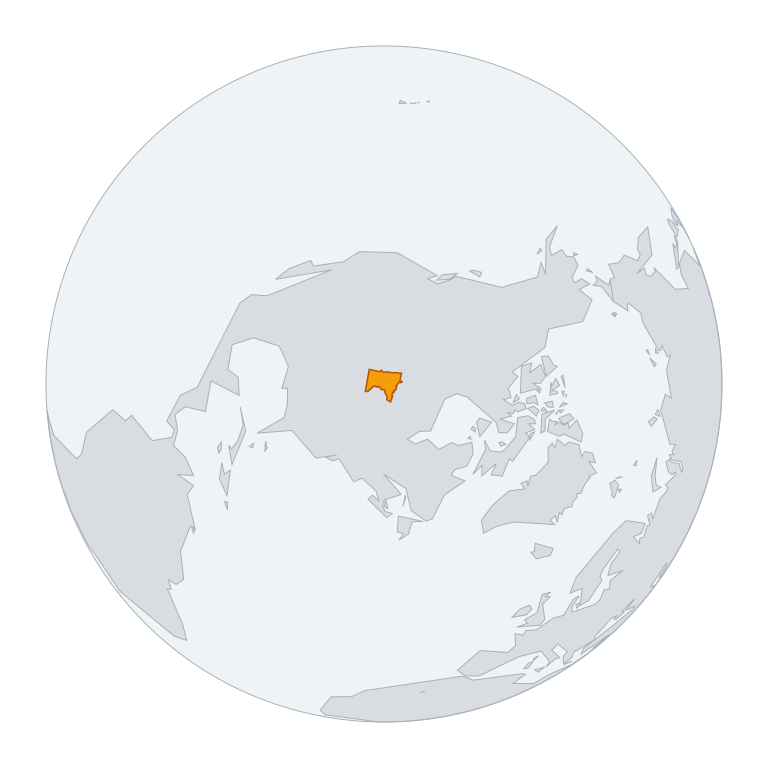 the Earth from above Minnesota, rotated 100°
{"feature_id": "USA-3514", "entity_name": "Minnesota", "entity_type": "State", "adm_level": 1, "iso_a3": "USA", "parent_name": "United States of America", "parent_adm1": "", "projection": "orthographic", "projection_center": [-93.694, 46.435], "detail": "medium", "context": "on_globe", "style": "filled", "palette": "amber", "viewbox_px": 768, "rotation_deg": 100, "n_neighbors": 0, "source": "natural_earth", "source_scale": "10m", "svg_char_len": 11654}
<svg xmlns="http://www.w3.org/2000/svg" viewBox="0 0 768 768"><g transform="rotate(100 384 384)"><circle cx="384" cy="384" r="338" fill="#eef3f6" stroke="#a8b0b8"/><path d="M524.6,691.3L521.0,692.9L520.3,693.2L494.6,703.3L468.2,711.3L476.6,707.9L492.0,700.1L511.0,674.0L506.0,669.8L483.3,668.6L456.4,646.6L465.2,632.2L458.6,627.1L480.1,602.5L473.4,583.8L465.5,582.4L458.3,591.6L430.5,582.6L419.5,567.3L329.3,540.0L319.0,529.9L317.4,514.4L280.7,455.5L299.7,508.9L286.7,497.4L275.0,477.5L280.2,474.1L270.6,445.1L258.0,431.4L252.4,393.9L268.0,350.4L272.8,359.4L276.0,348.5L270.1,336.9L265.4,332.0L268.4,284.7L252.0,251.5L237.0,250.5L247.9,244.0L213.1,249.4L197.9,240.8L221.1,244.9L228.1,241.2L220.8,232.2L226.4,226.6L226.1,219.2L233.5,213.6L246.4,217.3L251.4,213.9L246.0,207.8L249.9,198.9L257.2,208.2L264.8,193.8L287.9,199.0L301.3,231.4L320.1,231.9L350.0,259.9L353.3,253.4L366.6,260.9L375.4,256.4L378.5,263.6L382.9,253.9L378.4,248.3L378.9,242.4L383.6,239.5L388.3,247.8L386.6,250.5L390.5,251.5L390.8,257.1L393.3,252.7L398.5,263.6L400.5,248.7L410.6,254.0L412.0,262.5L402.5,266.8L382.4,299.6L381.0,310.8L388.5,321.5L422.2,330.0L424.5,340.8L434.4,351.5L437.5,342.8L430.8,331.5L439.0,318.7L429.8,307.2L431.8,300.6L426.2,287.3L437.1,284.1L450.8,288.3L456.0,299.4L462.2,301.9L465.4,287.5L483.0,305.4L508.2,312.8L511.7,318.5L503.8,335.3L483.1,344.2L472.8,368.9L489.8,347.9L498.1,363.6L503.8,364.4L509.3,361.1L510.1,353.4L515.1,358.1L500.2,379.8L495.5,375.8L500.2,368.7L490.6,373.4L480.6,389.4L485.6,396.8L465.3,415.4L468.6,421.1L466.1,428.8L462.1,418.2L468.8,438.1L445.7,466.6L454.4,500.4L434.8,476.8L421.0,475.6L404.9,478.2L406.1,483.8L383.2,481.2L364.8,493.9L361.2,520.8L371.7,540.4L396.8,540.2L402.8,528.7L420.4,524.7L411.0,554.9L442.2,555.1L440.9,575.9L450.5,584.6L465.3,579.2L480.9,580.7L490.8,566.7L507.3,555.6L509.0,571.5L517.0,554.0L527.0,558.6L559.0,545.1L556.9,549.8L584.1,555.4L611.1,547.3L617.4,553.8L614.4,562.2L623.2,557.9L623.3,561.8L656.0,540.4L670.7,533.7L668.8,546.5L653.7,573.4L633.5,608.5L604.7,636.2L592.9,648.2L562.8,670.6L545.9,679.8L546.3,680.4L541.6,682.9L524.6,691.3ZM101.8,417.3L103.7,410.6L105.1,417.7L101.8,417.3ZM103.1,404.6L102.8,407.2L102.7,404.6L103.1,404.6ZM101.9,401.4L102.8,403.7L101.5,401.6L101.9,401.4ZM100.0,397.8L101.2,399.5L100.9,399.5L100.0,397.8ZM454.3,512.0L489.9,519.7L471.3,526.3L474.5,522.7L465.2,518.2L448.3,515.5L431.5,521.7L454.3,512.0ZM98.1,390.4L97.7,388.4L98.9,389.3L98.1,390.4ZM466.7,490.4L460.6,490.4L466.3,489.0L466.7,490.4ZM262.4,331.0L269.4,337.4L272.7,350.3L266.2,345.5L262.4,331.0ZM257.1,307.3L261.9,308.3L257.9,319.2L256.4,315.2L257.1,307.3ZM225.1,251.6L229.7,256.1L223.3,253.7L225.1,251.6ZM224.8,219.3L221.7,219.9L222.8,215.9L224.8,219.3ZM420.6,290.1L423.3,288.8L422.9,291.9L420.6,290.1ZM415.5,285.8L413.1,290.5L410.3,289.1L411.9,286.3L415.5,285.8ZM235.1,203.8L238.0,197.5L237.3,204.4L235.1,203.8ZM419.1,280.5L405.8,286.2L401.0,283.9L402.9,271.4L419.1,280.5ZM241.1,194.3L247.7,179.7L241.4,179.6L263.0,172.3L250.2,186.7L250.4,195.1L246.2,191.9L241.1,194.3ZM374.9,247.9L379.9,253.7L371.4,251.7L374.9,247.9ZM369.4,248.1L342.5,251.7L337.6,242.1L347.6,242.6L337.6,232.9L348.4,226.3L356.3,230.2L357.4,237.6L360.7,229.6L369.4,248.1ZM273.8,170.9L277.3,168.2L276.1,171.8L273.8,170.9ZM378.4,239.9L373.4,241.2L368.8,232.9L377.9,228.7L376.5,232.7L378.4,239.9ZM329.7,233.7L327.9,227.1L336.2,219.9L336.6,216.5L348.3,225.4L329.7,233.7ZM380.0,233.1L382.7,226.9L389.2,228.3L383.0,238.0L380.0,233.1ZM363.7,232.6L362.0,228.6L365.9,229.4L363.7,232.6ZM413.9,230.5L408.0,231.8L405.1,227.5L413.9,230.5ZM383.3,224.5L381.0,224.1L379.2,222.7L382.3,219.1L383.3,224.5ZM353.3,219.9L357.1,218.5L348.9,215.9L354.8,210.8L361.5,217.8L361.1,212.6L362.9,211.1L366.4,218.6L353.3,219.9ZM380.0,211.3L390.6,219.1L402.1,217.3L405.1,221.0L386.0,223.2L380.0,211.3ZM371.7,214.8L377.5,213.4L378.2,218.4L374.6,222.6L371.7,214.8ZM356.3,204.9L345.6,210.9L344.5,209.2L356.3,204.9ZM383.2,209.7L380.6,207.9L384.0,209.0L383.2,209.7ZM364.4,205.1L360.8,207.4L359.6,205.4L364.4,205.1ZM378.4,202.6L381.8,205.0L379.5,207.8L378.4,202.6ZM371.9,202.9L371.2,199.7L376.6,207.3L370.5,204.2L371.9,202.9ZM363.9,202.9L362.1,202.4L365.6,202.2L363.9,202.9ZM385.2,191.0L392.6,200.0L387.5,206.0L381.0,196.3L385.2,191.0ZM206.6,96.4L208.3,95.4L218.8,89.3L220.0,89.0L234.1,81.2L236.4,80.5L246.3,75.4L245.2,75.9L267.3,66.9L289.9,59.4L313.0,53.6L336.5,49.4L360.2,46.9L384.1,46.1L407.9,46.9L431.6,49.5L455.1,53.6L478.2,59.5L500.9,66.9L522.9,76.0L544.3,86.5L564.9,98.6L584.6,112.1L603.3,126.9L620.9,143.0L620.8,142.9L621.0,143.1L637.4,160.4L652.5,178.8L666.3,198.2L678.7,218.6L689.6,239.8L699.0,261.7L706.8,284.2L713.1,307.1L717.7,330.5L717.8,331.5L720.0,384.5L716.2,390.1L701.2,381.8L697.6,361.8L689.2,349.4L658.0,255.7L660.1,244.5L645.5,198.3L645.3,194.2L656.5,205.1L653.1,184.7L640.8,170.0L628.3,151.3L614.0,136.5L592.1,119.1L615.5,142.8L610.2,141.9L583.9,118.1L562.1,99.4L559.3,98.5L565.3,107.0L552.2,100.0L566.4,110.0L566.6,107.9L575.5,114.4L575.8,116.8L571.2,114.1L575.5,119.7L596.5,132.6L598.9,131.8L615.2,150.7L620.8,151.5L628.0,158.8L621.2,160.2L615.8,156.9L609.7,167.7L617.0,172.6L623.1,163.2L624.8,167.5L634.6,175.3L628.4,172.8L619.8,183.0L629.1,203.8L654.9,239.6L657.4,253.1L653.2,262.0L629.8,242.9L626.8,215.1L618.5,209.0L607.1,211.6L607.1,203.3L602.1,201.3L599.8,191.5L584.8,176.3L580.6,166.9L563.3,160.3L558.8,154.9L570.4,160.1L576.1,159.2L564.5,138.1L558.9,133.8L548.6,131.5L546.7,126.4L538.2,127.0L525.9,116.0L533.8,130.2L521.9,129.1L508.3,122.6L505.8,125.1L527.9,135.8L535.5,137.9L539.7,135.4L561.6,144.9L568.0,152.5L550.5,153.2L557.8,164.5L541.0,161.1L491.4,132.6L476.6,121.9L476.0,102.8L486.0,104.5L491.2,111.9L496.9,104.6L491.4,105.3L489.8,101.5L478.1,100.4L476.4,97.7L468.0,101.6L464.6,98.2L470.0,95.8L449.6,92.4L439.5,86.5L435.8,87.1L434.6,89.4L422.5,80.9L420.3,81.8L423.3,84.9L420.9,88.8L411.8,92.7L408.1,89.5L410.9,87.7L411.2,79.5L419.2,75.7L416.8,74.9L409.0,77.5L408.6,87.4L404.1,90.7L402.9,85.7L403.0,87.7L399.6,88.5L392.9,86.4L393.6,92.0L361.7,106.9L345.4,105.2L347.9,98.5L321.7,108.1L305.4,107.1L308.3,109.6L297.7,117.0L302.6,117.3L303.2,119.2L278.3,140.1L269.6,143.2L262.1,156.6L263.5,158.2L269.6,156.5L263.0,172.3L241.4,179.6L239.1,175.6L227.1,183.6L223.7,173.7L215.4,169.8L218.6,155.4L211.7,154.2L207.7,157.6L195.4,159.0L183.6,151.5L210.4,142.4L231.5,154.2L224.4,147.7L231.2,144.9L231.8,140.2L226.3,136.4L222.5,138.5L240.1,113.7L237.1,100.8L224.9,110.1L214.3,114.0L200.3,111.3L212.8,93.5L198.9,101.5L196.2,103.1L196.9,102.6L206.6,96.4ZM678.9,290.3L682.2,294.7L678.9,290.3ZM526.8,77.8L524.6,77.0L517.6,73.8L519.0,74.8L524.4,77.0L526.1,79.5L514.5,74.5L510.8,74.1L516.4,77.1L537.4,86.2L535.3,82.2L544.1,86.6L545.6,87.2L542.1,85.4L526.8,77.8ZM560.0,544.5L564.0,545.8L559.0,548.2L560.0,544.5ZM469.5,534.1L476.7,532.9L480.7,534.7L475.4,536.9L469.5,534.1ZM527.4,517.6L535.2,516.3L527.5,520.7L527.4,517.6ZM495.3,520.3L521.2,519.3L506.2,529.5L489.7,530.1L500.6,525.5L495.3,520.3ZM465.0,501.9L469.7,502.3L468.8,505.9L465.0,501.9ZM470.8,489.5L469.1,490.2L466.5,487.9L470.8,489.5ZM498.9,362.3L500.3,360.7L506.3,358.8L504.3,362.7L498.9,362.3ZM527.6,333.9L535.0,342.2L528.4,338.7L527.1,345.3L511.6,346.9L512.6,321.5L514.9,332.4L527.6,333.9ZM491.1,342.8L500.9,344.1L490.2,343.7L491.1,342.8ZM576.7,202.4L579.9,199.2L586.5,203.6L591.6,217.5L582.1,210.9L576.7,202.4ZM582.7,193.7L563.9,191.7L559.9,183.6L565.3,188.3L564.6,183.2L573.1,189.6L587.7,184.8L594.5,188.5L600.3,210.9L594.7,201.2L592.0,204.6L582.7,193.7ZM522.8,206.8L514.6,207.5L516.6,188.9L524.0,190.5L529.7,203.8L524.2,209.9L522.8,206.8ZM425.1,258.0L421.8,260.7L420.5,258.2L422.2,253.9L425.1,258.0ZM411.4,231.4L438.0,244.0L435.6,247.6L454.1,251.6L454.9,262.8L442.9,259.6L457.4,271.7L447.0,273.4L457.5,280.7L430.7,272.6L421.9,275.2L431.4,267.9L430.9,257.4L428.0,253.7L413.2,245.3L393.9,246.4L390.3,236.8L392.8,229.8L396.9,228.0L398.0,234.6L402.7,227.6L407.3,235.9L411.4,231.4ZM424.9,162.1L424.4,169.0L434.6,159.3L439.3,166.3L440.2,164.7L447.4,168.8L457.6,171.2L458.3,174.9L462.0,174.3L466.8,177.2L472.1,177.7L475.3,184.8L482.0,186.2L479.7,188.9L490.4,189.4L483.9,192.3L489.5,196.8L492.8,191.6L497.4,232.1L504.3,248.0L513.6,260.1L501.2,264.3L484.6,256.1L467.7,242.3L462.8,226.9L458.1,232.0L454.4,226.3L459.7,224.6L449.3,223.8L447.6,218.8L432.6,208.6L418.6,211.3L412.8,208.0L417.4,204.5L408.4,203.7L413.2,194.9L409.1,192.4L409.8,181.7L421.1,176.8L415.7,174.5L415.9,166.7L424.9,162.1ZM385.8,187.9L398.2,179.7L406.9,179.7L402.1,198.6L405.1,202.0L402.3,214.8L389.8,214.7L391.7,211.0L390.7,207.4L395.1,208.8L390.8,205.0L393.3,199.9L390.7,195.6L395.5,194.0L385.8,187.9ZM639.2,186.3L637.9,182.7L634.7,176.6L640.8,181.8L639.2,186.3ZM633.8,193.4L631.8,189.4L638.9,193.0L640.1,197.0L633.8,193.4ZM624.7,184.6L631.1,189.0L628.4,189.0L624.7,184.6ZM567.9,156.7L565.1,152.9L567.1,152.8L571.4,155.3L567.9,156.7ZM456.1,137.4L454.4,140.7L452.1,140.0L442.9,144.2L438.6,139.7L442.6,135.4L456.1,137.4ZM599.5,125.0L607.2,131.4L607.8,132.5L605.1,130.0L599.5,125.0ZM627.6,156.6L624.0,150.6L629.3,158.1L627.6,156.6ZM449.9,133.2L446.6,135.3L446.5,131.8L449.9,133.2ZM435.0,136.7L434.0,132.8L437.0,139.6L435.0,136.7ZM409.0,102.4L426.7,101.2L436.5,98.4L437.7,93.3L443.6,100.4L428.4,104.7L409.0,102.4ZM367.9,106.4L367.0,111.6L362.4,110.3L362.0,109.0L367.9,106.4ZM370.9,108.8L379.2,113.5L375.4,117.1L369.6,112.6L370.9,108.8ZM415.2,121.7L420.7,121.5L420.6,124.2L415.2,121.7ZM178.1,116.0L180.5,114.2L175.1,118.6L174.2,119.1L176.0,117.7L178.1,116.0ZM188.4,108.5L184.9,111.2L175.3,118.9L176.8,118.8L171.6,124.5L177.4,122.1L176.1,124.8L167.9,129.6L160.6,132.1L174.8,118.9L185.9,110.2L188.4,108.5ZM180.4,120.9L188.6,121.0L177.0,131.0L172.5,133.2L173.7,128.7L179.7,123.7L180.4,120.9ZM187.2,124.2L193.2,119.5L217.8,114.1L220.1,115.7L195.2,124.0L199.5,120.2L195.5,120.0L187.2,124.2ZM274.6,167.0L277.1,168.1L273.3,169.2L274.6,167.0ZM306.2,119.2L306.3,122.0L301.9,122.8L306.2,119.2ZM304.3,130.3L309.3,127.4L305.5,131.8L304.3,130.3ZM320.1,120.8L312.0,126.8L317.5,119.3L320.1,120.8Z" fill="#d9dde1" stroke="#a8b0b8" stroke-width="1"/><path d="M370.3,368.6L378.3,368.9L378.4,366.6L379.0,366.7L379.5,367.0L379.7,367.9L380.1,369.4L380.0,370.0L380.8,370.6L381.7,370.6L381.9,370.9L383.3,371.0L383.5,371.6L384.8,371.6L384.9,371.2L385.2,371.1L385.7,371.0L386.8,371.1L387.2,371.3L388.1,371.6L388.2,371.8L387.8,371.9L387.8,372.0L388.1,372.2L388.7,372.2L388.8,372.8L389.2,373.4L389.5,373.2L389.5,372.9L390.4,372.7L390.5,372.7L390.7,373.3L391.7,373.6L391.9,373.9L391.8,374.0L392.3,374.1L392.4,374.4L392.7,374.3L392.9,374.4L393.5,374.2L394.3,373.6L395.1,373.2L395.2,373.3L395.2,373.5L395.3,373.6L395.4,374.0L395.6,374.1L396.2,373.9L396.4,374.0L398.1,373.8L398.6,374.3L398.9,374.5L399.4,374.3L400.5,374.4L398.9,378.6L396.2,378.6L393.0,381.0L391.0,382.2L390.4,382.0L390.1,382.3L390.0,382.6L389.7,382.6L389.7,386.0L389.4,386.4L389.2,386.3L389.0,386.5L388.8,386.6L388.6,386.8L388.1,387.1L387.8,387.5L387.3,388.3L387.3,388.8L387.3,389.0L387.9,389.1L388.3,389.9L388.1,390.5L387.9,390.8L387.8,391.3L387.9,391.7L387.9,391.9L387.7,392.0L387.9,392.9L387.8,393.1L387.8,393.5L387.7,393.9L388.7,394.7L389.5,394.9L389.9,395.5L390.7,395.7L391.4,396.3L391.9,397.3L392.6,397.8L393.1,397.8L393.7,398.1L393.9,398.5L394.1,398.6L394.2,398.8L394.3,399.4L394.4,399.7L394.5,401.1L372.2,401.1L372.6,390.5L372.4,390.2L372.1,389.9L371.5,389.7L371.3,389.2L370.9,388.7L371.0,388.4L371.8,387.8L372.1,387.3L372.3,386.7L372.2,386.3L372.3,385.8L372.3,385.3L372.2,385.1L372.2,384.4L371.7,383.7L371.6,383.4L371.6,382.8L371.4,382.5L371.5,382.1L371.5,381.6L371.7,380.9L371.4,380.4L371.4,378.1L371.4,376.9L371.1,375.8L371.0,375.6L370.9,375.1L370.9,374.9L370.5,373.7L370.6,372.8L370.5,372.3L370.6,372.0L370.5,371.3L370.7,370.6L370.3,368.6Z" fill="#f59e0b" stroke="#b45309" stroke-width="1.5"/></g></svg>